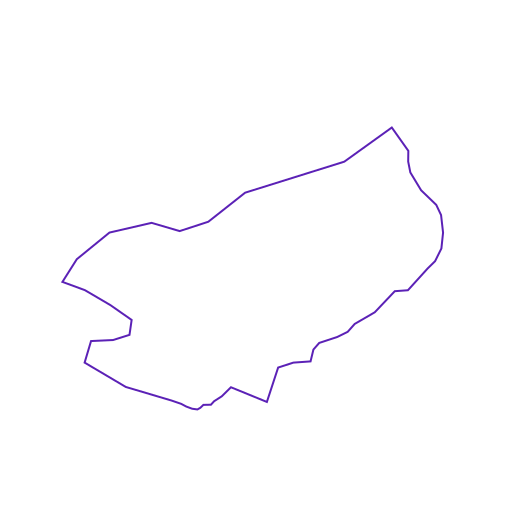 SVG path tracing the border of Nakasongola, rotated 114°
{"feature_id": "UGA-3090", "entity_name": "Nakasongola", "entity_type": "District", "adm_level": 1, "iso_a3": "UGA", "parent_name": "Uganda", "parent_adm1": "", "projection": "robinson", "projection_center": [32.471, 1.323], "detail": "fine", "context": "isolated", "style": "outline", "palette": "violet", "viewbox_px": 512, "rotation_deg": 114, "n_neighbors": 0, "source": "natural_earth", "source_scale": "10m", "svg_char_len": 771}
<svg xmlns="http://www.w3.org/2000/svg" viewBox="0 0 512 512"><g transform="rotate(114 256 256)"><path d="M173.7,89.7L187.9,90.3L197.5,94.1L225.5,103.3L231.7,114.9L259.1,124.6L277.9,138.2L288.0,141.4L296.9,148.8L309.7,162.9L318.1,165.5L330.1,163.3L338.2,178.5L348.9,190.4L384.9,186.7L386.1,225.5L398.1,230.2L405.7,235.2L410.2,236.7L413.4,243.5L417.3,245.1L420.0,247.1L421.5,252.2L421.9,258.5L421.5,264.2L422.4,274.4L428.6,321.7L423.1,369.2L400.8,372.1L390.9,352.4L379.5,339.5L365.0,343.6L360.1,369.0L356.8,398.4L358.4,422.3L331.8,418.4L294.2,399.4L268.2,364.9L264.3,335.9L244.1,313.5L202.6,291.7L133.9,213.7L83.4,184.2L98.0,159.6L107.8,155.4L116.9,149.0L128.8,131.9L136.0,112.1L143.3,103.6L158.6,94.6L173.7,89.7Z" fill="none" stroke="#5b21b6" stroke-width="2"/></g></svg>